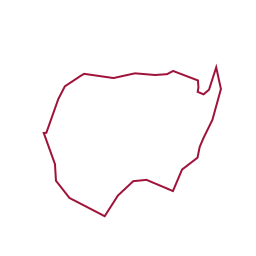 Gwanak-gu, Seoul, South Korea (Mercator projection), rotated 113°
{"feature_id": "91817680B99536699865294", "entity_name": "Gwanak-gu", "entity_type": "district", "adm_level": 2, "iso_a3": "KOR", "parent_name": "South Korea", "parent_adm1": "Seoul", "projection": "mercator", "projection_center": [126.943, 37.456], "detail": "fine", "context": "isolated", "style": "outline", "palette": "rose", "viewbox_px": 256, "rotation_deg": 113, "n_neighbors": 0, "source": "geoboundaries", "source_scale": "gbopen_adm2", "svg_char_len": 587}
<svg xmlns="http://www.w3.org/2000/svg" viewBox="0 0 256 256"><g transform="rotate(113 128 128)"><path d="M215.3,154.5L218.3,115.0L194.1,110.9L174.9,102.4L168.5,90.7L168.5,62.0L167.5,62.0L145.1,62.0L128.1,52.4L127.3,52.6L117.5,54.6L116.4,54.6L107.9,54.6L87.7,53.5L87.4,53.5L55.8,57.7L37.7,70.5L61.1,68.4L67.5,71.6L67.5,78.0L63.2,79.0L56.9,82.2L57.9,108.8L63.2,113.1L68.6,123.7L74.9,142.8L77.1,146.0L87.7,160.9L95.3,189.6L98.3,191.8L114.3,202.4L127.7,203.4L128.1,203.5L164.3,201.3L165.5,203.6L189.8,181.1L204.7,173.7L215.3,154.5Z" fill="none" stroke="#9f1239" stroke-width="2"/></g></svg>